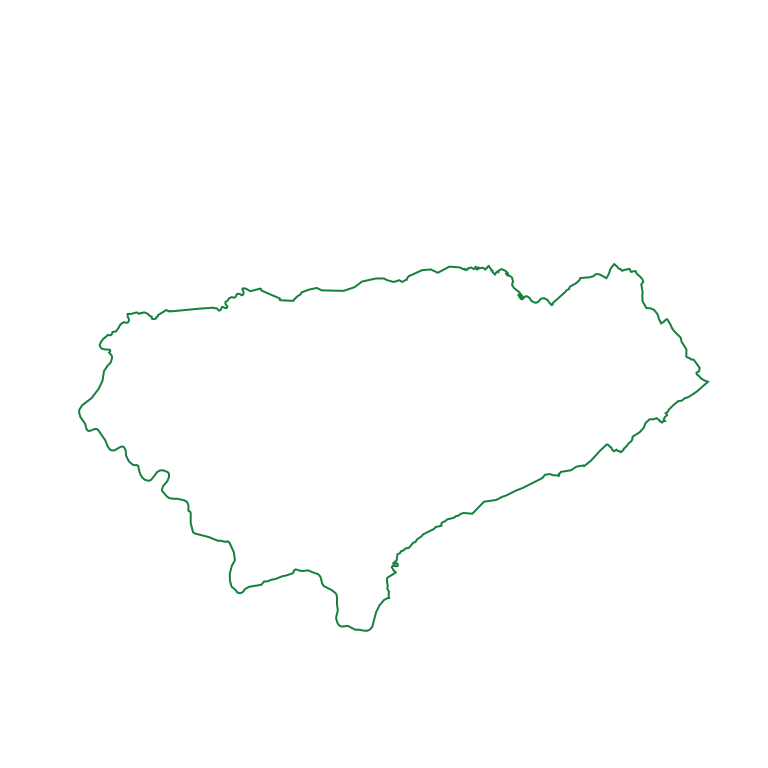 outline of Cu Jut, Đắk Nông, Vietnam, rotated 147°
{"feature_id": "81297802B43064907961903", "entity_name": "Cu Jut", "entity_type": "district", "adm_level": 2, "iso_a3": "VNM", "parent_name": "Vietnam", "parent_adm1": "Đắk Nông", "projection": "albers", "projection_center": [107.738, 12.679], "detail": "fine", "context": "isolated", "style": "outline", "palette": "green", "viewbox_px": 768, "rotation_deg": 147, "n_neighbors": 0, "source": "geoboundaries", "source_scale": "gbopen_adm2", "svg_char_len": 6166}
<svg xmlns="http://www.w3.org/2000/svg" viewBox="0 0 768 768"><g transform="rotate(147 384 384)"><path d="M111.1,209.4L113.9,213.4L115.2,216.5L115.6,219.8L116.4,221.6L115.9,223.2L112.6,223.2L110.5,225.6L111.0,235.3L111.3,236.1L113.0,237.2L113.8,239.6L115.3,241.4L115.4,242.6L111.5,248.4L111.4,257.5L109.9,261.3L111.6,268.8L112.1,273.5L111.4,278.2L111.2,283.8L111.5,284.3L112.4,284.5L115.5,283.8L118.6,283.9L117.9,289.2L116.6,293.3L117.1,298.8L119.1,302.2L122.4,304.6L122.6,305.3L122.0,313.2L120.7,314.7L119.4,317.4L117.4,319.5L113.9,327.5L111.0,328.4L110.6,329.6L110.3,331.1L110.5,333.4L112.0,339.3L111.5,341.5L112.9,342.5L115.6,343.3L115.5,346.9L120.6,348.9L122.6,349.2L123.1,351.6L124.1,352.4L124.4,353.4L124.5,355.3L125.6,359.2L131.2,357.3L135.4,353.9L139.8,351.6L143.6,358.6L145.8,360.4L146.7,360.8L149.5,360.4L153.0,361.3L161.8,366.0L163.0,364.8L167.4,363.9L175.1,364.4L177.3,362.8L179.6,363.3L181.1,362.6L198.5,359.9L199.4,358.7L200.3,358.8L201.0,361.6L201.2,365.8L203.0,368.7L205.8,370.1L209.7,368.9L211.9,369.2L213.3,370.1L215.1,373.5L215.0,376.5L216.0,379.3L217.7,380.6L221.9,379.7L222.9,380.7L223.0,385.4L222.3,385.6L221.9,385.2L221.7,382.6L221.1,381.7L220.3,382.0L220.2,383.2L220.6,387.2L222.7,393.8L222.8,396.8L221.9,398.3L220.0,399.5L218.7,403.6L219.3,405.5L221.5,408.2L221.5,409.8L220.0,409.0L219.9,410.3L220.7,413.1L222.9,416.4L226.4,416.6L227.2,415.5L227.8,416.4L228.6,416.6L231.3,415.4L232.0,418.6L231.3,419.8L232.2,420.8L231.6,421.6L232.0,423.8L231.7,425.8L232.8,426.0L234.6,425.1L235.5,425.4L236.7,424.9L237.8,427.7L240.5,428.9L241.4,430.4L241.8,430.4L242.5,429.1L243.6,429.4L243.8,430.3L243.2,432.2L244.0,432.2L244.8,431.3L246.2,431.6L247.3,434.1L249.5,434.9L250.3,434.7L250.9,435.2L252.3,434.6L252.9,435.5L253.7,435.3L253.9,436.8L255.3,437.3L256.3,439.7L257.2,440.7L265.2,446.8L278.3,448.0L282.4,454.6L290.0,458.7L304.4,460.9L306.5,460.4L308.1,459.0L309.4,459.5L312.8,459.6L313.5,460.2L314.6,462.7L319.5,464.0L320.7,464.7L325.0,469.6L326.6,472.6L333.3,476.9L346.7,481.9L355.9,481.2L367.1,484.1L385.2,496.4L388.1,501.2L395.8,504.1L403.2,505.7L404.9,504.6L408.9,504.7L413.8,503.7L414.7,503.1L425.5,510.8L425.3,512.5L424.9,512.6L435.4,528.3L435.8,529.1L435.9,530.4L435.5,530.8L435.8,531.4L445.5,534.6L447.9,539.1L449.9,541.0L451.1,540.8L451.8,537.5L453.4,535.6L455.2,536.0L455.7,537.8L457.6,539.4L458.4,539.5L460.9,538.0L462.3,537.8L464.5,539.8L467.0,540.3L470.0,539.0L472.0,539.2L472.6,538.8L473.4,537.3L473.1,534.4L474.1,533.5L475.4,533.7L477.2,536.4L477.9,536.8L480.4,535.2L481.9,535.1L482.5,535.6L482.8,537.7L483.5,539.0L485.3,540.1L485.5,540.9L497.7,547.7L523.1,560.9L523.4,561.7L524.8,561.9L526.3,564.6L536.0,564.8L537.0,563.9L538.5,564.0L539.6,563.1L542.0,563.9L543.1,565.3L542.2,567.0L543.3,568.4L543.8,571.3L545.8,574.4L547.4,575.3L548.3,575.1L549.4,576.1L551.1,576.1L552.5,578.8L557.7,580.4L560.8,582.3L562.4,579.9L562.4,577.9L563.1,576.4L565.1,575.1L566.5,575.4L568.4,577.5L571.0,577.6L573.6,577.1L576.3,575.5L580.1,574.1L583.4,575.4L585.7,573.7L586.5,573.6L588.9,575.5L595.2,574.6L598.5,573.4L601.3,571.5L601.7,568.7L601.3,567.2L599.6,565.3L595.2,562.0L595.8,560.5L597.5,560.1L596.8,556.4L597.7,554.1L601.5,550.9L605.8,549.9L611.8,547.3L618.5,539.9L626.0,535.3L636.8,531.5L649.0,530.5L653.6,528.3L655.1,526.3L656.6,522.0L656.3,513.4L658.1,507.9L657.8,506.2L656.7,505.0L650.8,503.7L649.4,502.6L648.8,501.2L648.4,488.7L649.7,482.4L649.6,478.5L648.6,476.8L646.6,475.2L638.6,474.7L637.1,473.8L636.5,472.3L636.7,469.3L639.2,464.6L640.0,459.8L639.9,457.2L638.7,453.2L637.6,451.8L635.8,450.9L634.7,449.4L636.7,444.2L637.6,440.4L637.7,437.4L636.9,434.2L634.6,431.4L632.5,430.4L629.7,431.0L622.1,433.7L618.9,433.5L616.2,431.9L613.4,427.9L613.2,426.0L614.9,423.2L618.4,420.6L625.1,418.6L627.8,416.3L628.3,415.1L627.3,407.6L626.4,405.4L623.0,402.3L620.2,400.6L615.0,395.4L613.5,392.6L613.7,390.1L614.6,387.7L616.9,384.8L616.9,383.6L616.1,382.5L616.3,381.2L621.9,372.6L624.9,363.6L624.1,361.7L614.1,350.8L608.8,343.1L606.4,341.6L603.2,338.1L600.7,337.1L600.0,335.1L601.6,324.6L604.8,317.8L605.6,317.0L610.4,314.6L616.6,309.0L620.2,303.2L622.2,297.1L620.7,292.2L620.5,288.9L618.8,287.0L616.6,286.4L614.8,286.7L612.2,287.8L607.3,287.3L596.2,282.4L592.2,283.7L589.1,281.9L585.3,281.3L581.0,279.5L573.8,278.1L570.1,276.6L563.8,275.0L562.6,275.2L561.2,276.5L559.4,276.7L557.8,275.4L556.3,273.2L553.3,271.0L549.7,269.4L548.4,268.1L546.5,265.0L543.0,260.7L542.6,259.4L542.3,256.9L544.6,250.1L544.5,247.3L540.1,239.6L538.7,235.6L538.5,233.6L539.3,231.3L543.6,224.5L546.0,219.3L550.8,214.8L552.0,213.1L553.1,209.4L553.2,206.6L552.7,205.1L551.7,203.7L546.1,200.8L541.7,193.3L538.5,191.4L536.4,189.1L532.6,186.2L530.0,185.7L526.0,186.8L515.2,196.7L508.4,200.8L501.8,202.8L497.7,202.5L496.4,201.7L494.7,205.2L492.9,206.8L492.8,210.4L490.8,212.6L489.3,216.2L487.3,219.3L486.1,219.7L476.8,219.5L476.8,220.5L477.5,222.2L477.2,226.2L475.6,226.8L472.5,224.1L471.2,224.2L470.6,225.6L470.9,226.8L473.2,227.3L473.9,228.5L473.0,228.9L469.5,229.2L465.4,233.9L462.7,233.4L460.9,234.5L458.3,233.8L455.6,234.4L452.2,233.0L446.6,234.8L445.7,235.0L443.9,234.3L440.8,235.7L435.6,235.8L433.1,236.6L421.1,235.2L418.6,235.9L413.0,233.8L411.9,235.7L410.8,236.1L407.0,235.7L404.8,236.0L397.9,233.7L395.3,234.0L393.9,233.1L390.2,233.3L387.4,232.4L380.6,227.1L364.2,230.8L353.6,225.9L351.6,225.4L346.7,225.1L342.7,224.0L331.0,222.7L324.4,221.3L305.6,219.2L301.9,219.0L298.5,220.2L294.1,218.2L292.5,216.4L292.0,215.3L288.5,213.2L287.7,211.7L287.0,211.9L285.9,213.5L285.1,213.2L283.7,214.0L274.1,209.8L267.7,209.9L261.1,207.1L261.0,206.1L252.1,207.0L239.4,210.3L230.3,212.0L229.1,211.1L228.8,208.6L228.0,207.0L228.4,204.8L227.9,202.4L224.8,202.3L224.4,200.4L222.9,199.4L222.9,198.1L221.7,197.8L218.9,198.3L218.2,199.1L214.8,199.6L211.5,200.9L207.6,201.4L205.7,202.4L204.8,204.0L203.6,204.4L195.8,204.3L190.0,205.8L186.2,208.7L180.6,209.8L176.9,207.5L174.0,206.9L172.7,203.5L173.0,202.3L172.2,201.5L171.9,200.3L171.3,200.2L170.0,200.8L168.6,199.9L168.6,201.7L168.2,202.4L165.9,203.4L163.5,203.7L163.3,204.7L163.7,206.1L161.3,206.2L158.8,207.4L153.3,208.6L146.6,209.4L143.6,207.9L139.4,208.2L135.4,207.2L125.9,207.3L111.1,209.4Z" fill="none" stroke="#15803d" stroke-width="2"/></g></svg>